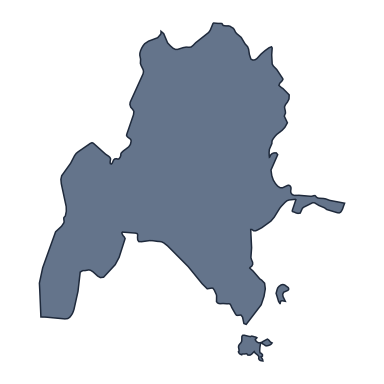 Benshangul-Gumaz, orthographic projection
{"feature_id": "ETH-3132", "entity_name": "Benshangul-Gumaz", "entity_type": "Administrative State", "adm_level": 1, "iso_a3": "ETH", "parent_name": "Ethiopia", "parent_adm1": "", "projection": "orthographic", "projection_center": [35.827, 10.412], "detail": "fine", "context": "isolated", "style": "filled", "palette": "slate", "viewbox_px": 384, "rotation_deg": 0, "n_neighbors": 0, "source": "natural_earth", "source_scale": "10m", "svg_char_len": 4927}
<svg xmlns="http://www.w3.org/2000/svg" viewBox="0 0 384 384"><path d="M117.8,159.1L118.9,158.9L120.2,157.2L120.8,155.4L120.8,154.1L121.3,152.9L123.1,151.1L128.7,146.9L130.4,144.4L131.2,140.9L130.6,139.3L127.6,137.0L126.6,135.7L126.7,134.5L133.5,114.7L133.9,111.4L132.6,109.3L130.8,107.3L129.9,104.5L130.2,102.2L143.1,73.8L143.5,71.7L143.2,69.8L141.1,65.5L140.4,63.4L140.6,59.2L139.8,55.2L139.9,53.1L140.6,50.6L141.7,48.1L143.1,45.7L144.7,43.7L148.6,41.1L150.8,40.3L157.7,37.7L160.7,34.2L161.0,33.2L161.0,31.3L163.7,33.6L167.6,42.9L170.4,45.9L173.0,48.2L175.4,49.4L177.6,49.4L183.3,47.6L186.2,47.1L189.0,47.3L191.1,47.0L193.2,45.3L195.7,42.7L208.6,32.5L210.2,30.3L213.0,23.5L213.6,23.0L217.9,23.4L221.0,23.4L222.0,23.6L222.3,24.1L223.2,25.5L225.9,25.9L228.7,25.9L230.3,26.4L230.8,26.8L233.3,28.3L234.2,29.5L235.5,32.2L236.8,33.7L241.1,37.3L241.5,37.9L245.0,43.8L247.6,46.7L248.6,49.2L249.4,54.5L250.9,59.1L252.9,60.1L255.0,59.8L256.9,58.6L261.1,54.0L265.2,50.5L269.1,47.7L271.5,46.8L272.2,48.0L271.7,54.9L272.2,64.1L273.4,66.1L276.8,69.6L282.8,78.7L282.9,79.5L281.8,81.2L279.7,83.3L278.9,85.4L281.3,87.5L283.0,88.6L289.2,94.9L289.0,99.0L287.4,102.1L285.5,104.6L284.5,106.9L284.8,108.8L285.3,110.9L285.5,113.1L284.7,114.9L284.3,116.2L287.4,122.8L284.9,127.3L282.1,130.3L276.8,134.4L275.2,136.1L273.5,138.3L272.2,140.4L271.9,142.1L271.9,143.5L269.4,149.3L269.1,152.4L269.2,155.4L269.4,157.3L269.7,157.1L270.6,155.0L272.1,153.6L274.0,152.9L276.3,152.9L277.7,154.7L271.0,170.0L271.8,175.7L273.3,180.1L275.4,183.5L277.6,186.1L280.1,187.7L282.5,187.8L287.6,185.4L288.7,185.2L289.9,185.7L290.9,187.2L291.0,188.9L290.7,190.8L290.8,192.6L292.2,194.6L294.3,195.4L299.0,195.3L310.6,196.3L311.6,196.3L314.1,195.6L315.0,195.6L315.6,196.1L316.1,196.8L316.8,197.4L317.7,197.9L318.8,198.2L323.6,198.5L325.7,198.9L329.8,200.4L344.6,203.2L343.3,206.8L342.6,208.9L341.6,210.8L340.6,212.2L339.2,212.9L337.3,212.7L326.7,209.5L324.5,207.8L319.0,205.5L314.5,202.8L312.7,202.7L303.7,207.2L302.4,208.3L300.2,213.1L298.0,213.4L296.2,213.0L294.5,212.2L292.6,211.6L292.2,211.0L292.5,209.8L295.9,199.7L295.3,199.3L289.0,200.0L286.9,200.8L285.0,202.4L281.2,206.4L279.7,208.3L274.2,217.2L270.9,221.1L261.8,227.7L257.7,229.9L255.7,230.8L253.7,230.8L251.9,229.5L250.7,229.5L251.6,247.8L250.9,257.6L251.5,259.7L252.6,262.3L252.7,264.3L251.8,266.1L249.9,267.6L249.7,268.1L252.9,270.9L259.9,279.0L261.6,280.1L264.6,283.2L265.3,288.9L264.0,296.4L261.2,304.8L246.2,324.4L243.9,323.5L242.5,317.0L240.9,315.0L237.6,315.4L236.4,315.2L235.4,313.9L231.7,307.4L230.9,305.4L230.1,304.1L229.0,303.7L227.1,303.8L223.0,303.5L220.1,303.7L218.8,303.5L217.5,302.9L216.5,301.6L216.6,295.8L216.3,294.5L214.3,290.1L212.9,288.2L211.5,288.1L207.2,288.8L202.1,283.7L188.2,266.6L167.6,245.9L163.8,242.9L161.6,241.8L159.5,241.5L157.6,241.4L152.8,240.7L149.5,240.6L141.5,241.7L138.8,241.6L137.7,239.9L137.5,237.3L137.7,234.8L137.2,233.6L135.5,233.1L122.4,232.1L121.8,233.0L122.9,235.4L124.3,237.0L125.1,238.6L119.1,257.4L115.2,264.7L103.6,277.2L100.4,277.6L97.7,276.1L93.1,271.9L90.6,270.3L88.8,269.9L85.0,270.6L82.8,270.6L80.2,272.1L78.0,291.3L74.0,309.3L73.2,311.7L72.3,313.7L71.2,315.4L69.7,317.3L67.7,318.6L64.9,318.9L45.7,317.1L40.9,317.0L39.8,291.1L39.4,283.1L42.7,267.7L55.6,231.8L61.6,226.2L63.9,222.7L64.1,221.6L63.8,219.0L63.8,217.9L64.1,217.3L65.1,216.3L65.4,215.7L66.3,211.3L66.2,206.6L61.3,183.7L60.9,179.4L61.7,175.7L70.6,163.3L74.6,155.6L76.2,153.4L78.0,151.9L90.3,143.4L92.0,142.7L93.3,143.2L105.6,154.2L108.6,156.2L109.9,157.4L110.6,158.9L110.1,162.1L110.3,163.6L111.4,164.0L112.2,163.2L113.6,160.0L114.8,158.9L116.5,158.7L117.8,159.1ZM244.2,335.2L248.6,336.3L250.4,336.6L251.5,336.1L252.8,336.3L254.3,336.8L255.9,337.1L256.2,337.4L256.5,337.6L256.9,337.8L255.9,338.9L255.3,339.3L255.3,339.8L256.1,341.1L257.3,342.2L258.6,342.8L260.0,342.8L261.2,342.4L260.4,344.3L259.9,347.4L259.7,350.6L260.0,352.8L261.5,353.5L262.5,354.8L262.4,356.2L261.0,356.9L262.2,358.7L262.7,359.8L262.9,361.0L261.0,360.7L260.1,360.4L259.4,359.9L258.7,358.8L258.7,358.0L258.9,357.2L258.7,356.4L257.7,355.1L255.1,353.0L254.2,351.5L251.6,354.2L250.1,355.1L247.9,355.1L247.6,354.9L247.0,354.0L246.5,353.7L246.0,353.7L244.9,354.0L244.4,354.0L242.5,354.0L241.9,354.2L241.7,354.8L240.5,354.3L239.6,353.8L238.9,352.9L238.4,351.8L238.8,351.4L239.0,351.0L239.0,349.8L238.5,347.2L238.6,346.0L239.2,344.7L241.0,342.6L241.6,341.5L241.8,340.0L241.8,338.1L241.9,336.4L242.7,335.3L244.2,335.2ZM282.9,284.5L284.7,285.0L288.1,287.5L288.6,288.3L288.6,289.6L287.8,290.4L283.7,292.2L282.7,294.2L283.0,296.5L285.3,301.3L281.9,300.7L280.6,301.3L280.2,303.5L279.9,303.5L278.6,301.5L276.1,293.3L277.2,289.3L277.8,287.8L279.1,286.3L281.1,284.9L282.9,284.5ZM267.4,339.1L268.6,339.9L270.5,342.1L272.1,342.9L271.4,343.9L270.4,344.7L269.2,345.2L268.0,345.6L266.1,345.9L265.2,345.5L264.4,344.8L262.9,344.0L262.2,343.4L262.0,342.8L262.3,342.2L262.9,341.5L267.4,339.1Z" fill="#64748b" stroke="#1e293b" stroke-width="1.5"/></svg>